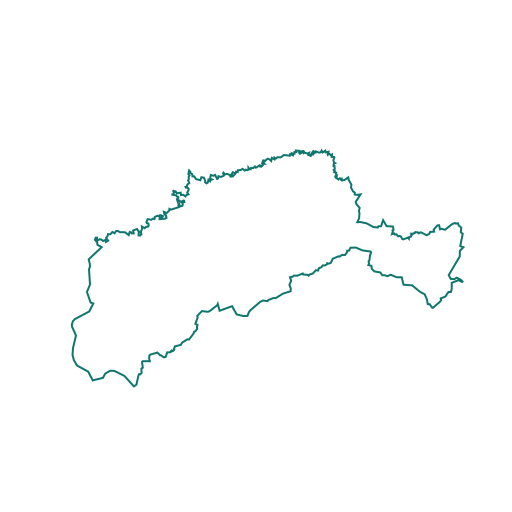 Amatepec, México, Mexico (orthographic projection), rotated 343°
{"feature_id": "50627088B36685248092481", "entity_name": "Amatepec", "entity_type": "district", "adm_level": 2, "iso_a3": "MEX", "parent_name": "Mexico", "parent_adm1": "México", "projection": "orthographic", "projection_center": [-100.221, 18.699], "detail": "fine", "context": "isolated", "style": "outline", "palette": "teal", "viewbox_px": 512, "rotation_deg": 343, "n_neighbors": 0, "source": "geoboundaries", "source_scale": "gbopen_adm2", "svg_char_len": 6141}
<svg xmlns="http://www.w3.org/2000/svg" viewBox="0 0 512 512"><g transform="rotate(343 256 256)"><path d="M348.3,175.8L346.6,175.6L343.9,173.5L343.3,174.4L341.5,172.4L339.3,174.1L341.5,174.1L341.6,174.7L340.2,175.6L339.5,175.0L337.6,176.3L335.6,174.7L336.9,172.8L335.1,173.0L332.3,171.2L331.7,171.5L331.5,170.5L332.3,169.9L331.8,169.3L329.9,169.3L329.6,170.7L328.0,171.1L327.6,170.7L328.3,169.9L327.5,169.1L328.2,168.1L325.0,166.8L324.8,168.4L323.2,167.9L322.7,169.4L320.2,168.2L320.0,169.4L321.4,169.7L320.8,170.6L318.4,168.7L317.7,170.0L312.3,167.6L308.3,168.9L305.5,167.8L303.4,168.6L302.4,167.3L301.8,168.9L299.8,166.8L298.3,169.6L296.8,167.1L295.5,166.3L291.4,168.3L291.5,166.9L290.8,166.7L289.7,168.2L290.9,170.2L289.0,169.5L289.1,171.1L287.2,172.1L286.2,171.7L286.6,170.7L286.1,170.3L282.1,171.5L281.3,171.3L281.1,170.1L279.0,171.1L277.1,170.3L276.3,171.5L275.2,171.0L274.6,169.3L274.0,171.3L272.8,171.4L271.5,170.4L270.2,171.0L268.6,168.7L266.5,169.3L263.8,168.7L263.1,170.4L261.5,169.5L260.4,171.2L258.3,169.1L255.7,171.4L255.9,172.0L258.6,172.2L257.1,173.1L254.8,172.6L254.5,170.8L252.5,169.0L250.0,168.9L249.3,166.8L248.7,167.3L249.1,169.4L248.6,169.8L245.7,170.2L243.4,168.7L242.3,170.7L241.3,170.9L240.6,166.5L238.7,166.8L236.5,165.3L234.7,168.5L236.3,170.0L234.8,170.1L233.9,171.2L232.8,169.2L231.3,171.8L229.9,172.1L228.9,170.7L229.4,169.7L229.1,165.9L226.8,164.7L224.9,167.3L221.1,164.8L220.2,161.8L218.5,161.3L219.0,159.2L217.4,157.4L217.8,156.3L217.1,154.7L215.2,157.9L215.9,159.5L214.7,160.7L214.3,162.8L213.2,163.9L213.6,166.7L211.2,167.6L210.4,169.2L208.8,169.3L209.1,170.3L210.2,170.3L211.2,171.8L211.0,173.0L208.7,175.4L209.4,177.3L207.3,177.3L205.9,178.4L204.3,176.2L202.1,175.8L202.5,173.4L198.6,172.9L198.0,170.6L196.4,170.1L195.7,168.8L196.2,171.5L194.4,172.8L193.1,172.5L197.3,174.6L197.8,176.0L198.8,176.5L198.8,177.6L197.0,178.5L197.0,181.6L198.6,180.2L200.6,182.9L200.8,182.2L202.8,181.7L203.4,182.1L203.3,183.4L201.0,183.7L201.0,185.5L200.2,186.5L197.5,186.4L197.9,183.7L196.6,184.7L197.1,186.2L196.7,186.7L188.3,186.8L187.0,185.6L186.4,187.1L183.1,188.8L180.8,186.8L180.6,189.0L181.7,190.6L181.6,193.3L179.9,193.7L174.6,192.6L175.1,191.2L177.7,191.3L178.7,190.7L176.3,188.8L174.8,189.6L173.5,188.7L170.6,189.1L169.7,191.0L168.3,190.1L166.3,190.7L163.1,189.1L161.1,191.6L161.2,192.7L162.6,193.4L162.3,195.6L161.2,196.4L159.3,195.9L157.7,196.9L155.5,194.4L155.0,196.8L152.8,199.4L152.9,201.6L151.1,202.6L149.7,201.9L150.7,199.4L152.0,199.0L150.8,197.8L150.1,195.4L145.9,195.7L145.7,198.6L143.7,198.1L143.6,197.0L142.3,196.0L140.4,198.8L137.7,195.0L132.8,193.4L131.1,191.6L129.6,191.2L127.3,192.9L125.7,191.0L123.1,192.6L120.8,191.9L120.0,193.4L117.9,194.9L119.1,198.1L116.5,198.8L116.4,196.6L114.1,196.9L113.1,195.2L111.5,194.3L108.4,195.0L109.3,192.0L108.1,191.6L106.7,193.4L108.1,196.6L107.6,198.9L111.0,202.4L95.0,210.3L94.8,214.8L94.1,217.6L92.4,220.0L88.9,234.8L83.8,241.0L84.2,252.1L86.5,253.9L80.3,260.3L64.3,263.4L61.8,264.9L59.9,267.6L59.4,269.8L60.6,279.4L54.1,290.5L51.6,297.0L51.4,302.4L52.8,308.4L61.7,317.5L63.5,327.2L73.9,327.8L77.5,324.4L82.8,323.1L86.9,324.4L95.1,332.2L101.1,345.0L104.0,344.1L108.7,335.8L109.8,334.8L110.7,335.3L112.3,334.6L113.5,330.2L115.1,329.7L116.0,324.0L117.0,323.5L123.7,325.6L123.8,322.7L125.0,319.9L126.2,319.4L133.5,319.5L135.3,323.0L136.3,323.3L138.0,325.8L139.9,326.2L143.0,322.2L145.6,323.0L147.7,321.6L148.3,322.0L147.9,322.6L149.2,322.5L150.6,321.5L150.5,320.7L152.1,318.7L158.2,319.0L159.8,317.3L165.9,315.6L167.4,316.3L173.4,312.1L174.7,310.3L176.3,310.1L178.6,308.3L178.7,306.7L179.9,304.9L178.2,303.1L182.2,297.8L182.3,296.1L188.1,292.9L193.8,295.3L195.7,295.1L204.6,291.7L205.4,290.7L205.2,297.7L218.4,297.0L220.4,306.2L226.5,309.8L230.3,310.8L232.9,307.5L235.1,306.1L246.5,301.1L249.7,300.6L253.7,302.5L255.0,301.7L260.3,301.3L262.7,302.0L270.6,299.9L278.8,299.8L279.8,297.0L279.5,293.4L282.4,289.9L282.3,286.3L285.0,286.5L286.4,285.8L289.6,286.9L295.6,286.4L295.6,287.4L299.9,289.2L300.6,290.2L301.7,289.4L305.2,289.4L309.0,287.1L311.2,288.1L312.5,286.1L315.0,285.9L317.2,284.5L319.1,285.2L321.6,284.6L322.1,283.7L323.3,284.6L325.4,284.5L328.7,281.1L334.8,280.4L335.7,281.0L338.7,280.1L341.3,281.1L344.3,278.9L344.7,277.6L346.5,278.0L348.8,275.7L354.1,277.2L359.2,281.6L367.0,285.3L367.0,286.4L365.2,288.7L363.3,293.1L362.1,294.0L362.0,296.1L360.8,297.5L363.5,299.1L363.0,302.1L364.6,305.3L370.1,308.1L371.1,311.3L373.8,312.2L375.7,313.7L379.3,313.3L384.4,317.5L389.1,318.9L388.7,326.6L396.7,329.7L402.4,338.2L406.1,341.9L406.7,347.4L406.2,352.3L408.0,352.9L409.4,357.0L410.0,357.3L418.0,353.8L420.1,352.5L420.3,350.5L425.1,350.2L429.6,346.7L431.9,347.4L433.6,344.6L435.3,338.9L442.6,338.3L445.5,341.1L446.1,340.7L444.9,338.6L441.5,335.4L439.0,336.1L435.5,334.8L434.7,330.6L450.7,316.0L452.5,310.6L456.9,308.3L454.2,306.2L460.2,295.2L458.8,293.1L460.6,288.9L458.8,286.1L458.7,283.7L456.7,283.5L455.9,282.6L452.7,282.9L444.5,286.2L441.6,284.3L439.8,284.3L440.1,280.1L438.3,279.8L433.6,282.7L433.4,284.8L429.5,283.9L428.2,285.5L425.2,286.0L420.6,281.5L418.0,281.8L417.8,280.8L415.3,279.7L414.6,280.5L413.0,280.3L412.0,281.1L411.0,280.1L410.0,282.7L407.9,282.7L407.2,284.2L406.6,282.8L401.8,283.2L400.8,282.5L400.3,279.8L399.2,278.7L397.6,278.8L396.7,276.3L395.1,276.1L394.8,274.8L392.4,274.9L394.0,272.6L394.0,271.4L395.2,271.2L395.6,267.9L389.6,265.6L388.0,258.9L384.3,264.1L381.7,263.4L380.8,264.4L376.6,262.5L371.3,257.1L365.7,254.0L362.8,253.3L365.7,249.9L367.5,245.2L367.5,243.2L369.2,240.3L367.2,235.8L367.2,233.4L374.0,227.6L370.7,227.2L368.4,226.0L369.0,224.2L367.7,222.6L366.9,218.3L368.1,215.6L366.9,210.3L367.2,207.8L363.0,209.1L360.1,208.9L359.6,208.0L360.5,207.0L358.6,206.2L357.3,207.0L355.0,204.2L355.2,203.5L357.2,203.8L355.6,202.7L357.0,202.0L356.4,200.6L357.0,199.7L355.3,198.5L356.2,197.8L355.5,196.4L356.8,195.8L357.2,193.6L356.7,193.1L357.3,192.7L356.7,191.8L357.4,190.5L358.7,190.3L357.9,189.6L358.0,187.0L359.8,184.7L359.5,184.0L357.4,183.5L358.3,181.2L357.0,181.6L356.1,179.6L354.3,180.2L354.6,178.5L355.6,177.5L352.9,177.2L352.9,175.5L350.1,176.5L349.5,174.4L348.3,175.8Z" fill="none" stroke="#0f766e" stroke-width="2"/></g></svg>